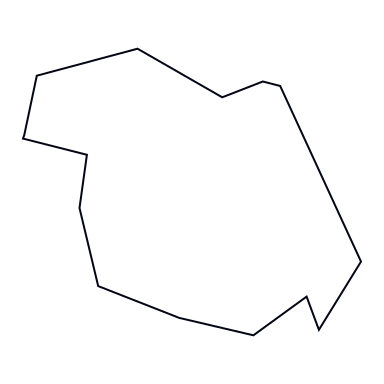 the district of Fredericksburg, Virginia, United States of America
{"feature_id": "52423323B55756815925715", "entity_name": "Fredericksburg", "entity_type": "district", "adm_level": 2, "iso_a3": "USA", "parent_name": "United States of America", "parent_adm1": "Virginia", "projection": "albers", "projection_center": [-77.495, 38.298], "detail": "fine", "context": "isolated", "style": "outline", "palette": "ink", "viewbox_px": 384, "rotation_deg": 0, "n_neighbors": 0, "source": "geoboundaries", "source_scale": "gbopen_adm2", "svg_char_len": 307}
<svg xmlns="http://www.w3.org/2000/svg" viewBox="0 0 384 384"><path d="M24.3,134.9L23.0,138.6L86.9,154.8L79.5,208.0L98.2,286.1L179.2,317.9L253.4,335.3L306.6,296.6L318.9,329.8L361.0,261.6L280.2,86.0L262.8,81.5L222.2,97.3L137.5,48.7L36.8,75.7L24.3,134.9Z" fill="none" stroke="#020617" stroke-width="2"/></svg>